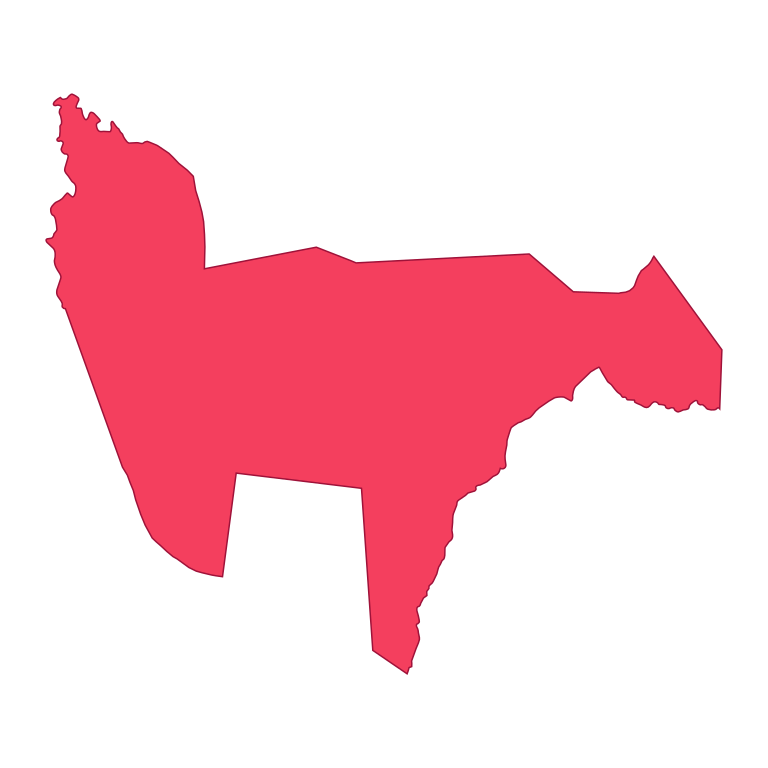 Chinacla, La Paz, Honduras (Natural Earth projection)
{"feature_id": "27666195B76416581203448", "entity_name": "Chinacla", "entity_type": "district", "adm_level": 2, "iso_a3": "HND", "parent_name": "Honduras", "parent_adm1": "La Paz", "projection": "natural_earth1", "projection_center": [-87.961, 14.181], "detail": "fine", "context": "isolated", "style": "filled", "palette": "rose", "viewbox_px": 768, "rotation_deg": 0, "n_neighbors": 0, "source": "geoboundaries", "source_scale": "gbopen_adm2", "svg_char_len": 5932}
<svg xmlns="http://www.w3.org/2000/svg" viewBox="0 0 768 768"><path d="M719.7,408.8L721.9,349.8L653.9,256.3L652.9,257.8L651.7,260.3L650.4,262.4L648.5,264.8L643.1,269.4L641.4,270.6L638.3,275.8L636.7,279.7L634.6,285.6L633.1,287.8L629.6,290.7L625.6,292.2L620.6,292.8L618.9,293.3L573.3,291.8L529.2,254.0L356.1,262.9L350.6,260.6L316.3,247.2L204.4,268.8L204.9,246.9L204.5,234.5L203.6,221.6L201.9,212.1L199.1,201.5L195.7,190.6L193.3,176.3L187.4,170.3L178.9,163.5L173.1,157.4L168.9,153.3L158.1,146.0L156.7,145.2L149.7,142.3L147.2,141.4L144.8,142.0L143.0,143.3L142.1,143.5L140.8,143.4L138.2,142.8L136.8,142.7L129.0,143.1L127.8,142.5L126.8,141.6L124.7,138.8L123.5,136.7L122.5,134.2L120.3,131.9L118.7,128.9L117.1,127.7L116.6,127.0L115.7,125.9L113.1,122.1L112.6,121.6L112.1,121.5L111.7,121.7L111.4,122.2L111.1,122.9L111.0,124.5L111.4,126.9L111.4,128.2L111.0,130.3L110.4,131.5L109.4,131.7L103.7,131.4L100.9,131.6L99.7,131.4L99.0,131.1L98.0,130.2L97.3,129.0L96.6,126.9L96.4,124.9L96.6,123.9L97.0,123.3L100.1,121.1L100.1,120.6L99.6,119.5L97.3,116.9L94.1,113.6L92.8,112.7L91.3,112.3L90.5,112.5L89.9,113.2L89.2,114.5L88.3,117.4L87.2,119.0L86.7,119.4L86.2,119.7L85.5,119.6L85.1,119.3L84.1,118.0L82.9,115.3L82.4,113.7L81.9,110.7L81.1,108.5L80.6,108.3L77.1,108.2L76.6,108.1L76.3,107.7L76.1,106.8L76.3,105.8L77.5,102.8L78.7,100.3L78.8,99.2L78.5,98.2L78.0,97.6L76.4,96.4L74.4,95.2L72.2,94.2L71.2,94.3L69.3,95.7L67.0,98.3L66.2,98.7L64.6,99.1L63.3,99.3L62.3,99.2L60.3,97.5L57.7,99.0L55.8,100.5L54.2,102.1L53.5,103.5L53.4,104.1L53.6,104.7L54.2,105.4L55.6,105.6L57.4,105.1L58.9,105.2L60.4,105.8L60.9,106.2L61.2,106.7L61.2,107.3L61.0,107.9L60.1,109.0L59.7,109.9L59.3,112.1L59.5,113.4L60.6,116.0L61.3,119.3L61.6,121.3L61.5,123.3L61.3,124.2L60.3,125.5L60.0,126.4L60.1,131.3L59.7,136.1L59.1,137.4L57.9,138.1L57.3,138.8L57.0,139.4L57.0,140.0L57.4,140.8L58.3,141.2L59.1,141.3L60.6,140.8L61.7,141.1L62.6,141.7L63.1,142.6L63.2,143.6L61.3,148.6L61.2,149.6L61.5,150.6L62.4,152.2L63.9,153.5L64.9,154.0L66.4,154.0L67.1,154.3L67.8,155.1L68.2,156.2L68.1,156.9L67.7,158.6L65.0,167.8L64.7,169.8L64.8,170.9L65.2,171.8L65.9,173.1L68.4,176.2L71.5,180.8L72.4,181.8L74.0,183.1L74.9,184.2L75.7,185.9L75.9,188.3L75.7,191.1L75.2,193.4L74.4,195.4L73.5,196.5L72.8,196.9L72.2,196.8L71.2,196.1L67.8,193.2L67.2,193.1L65.3,195.0L62.9,197.9L61.9,198.9L59.4,200.6L55.9,202.3L54.5,203.4L52.1,206.1L51.1,207.8L50.7,209.0L50.8,211.2L51.0,212.4L51.5,213.7L52.3,214.9L53.6,215.6L54.0,216.0L54.8,217.3L55.4,218.9L56.5,225.2L56.9,229.8L56.6,230.4L56.0,231.4L54.0,233.8L53.5,235.8L53.0,236.8L52.4,237.6L51.7,238.1L50.9,238.3L47.0,238.9L46.2,239.6L46.1,240.6L46.4,241.4L47.0,242.4L53.0,248.0L53.9,249.1L54.5,250.3L55.0,252.0L55.2,254.0L55.1,257.0L54.4,260.7L54.5,262.2L54.8,263.9L55.2,265.3L56.0,267.3L57.4,269.9L59.8,273.7L60.4,274.9L60.9,276.5L60.9,277.7L60.5,279.2L56.9,290.0L56.7,292.1L56.8,293.7L57.2,295.1L58.0,296.6L61.0,300.9L62.1,303.1L62.3,304.3L62.1,306.1L62.3,307.0L63.6,308.3L64.4,308.6L65.4,308.6L122.5,467.2L127.4,475.2L129.9,482.1L133.3,490.4L135.7,499.8L140.7,514.3L145.2,525.2L152.2,538.0L156.3,541.9L160.8,545.8L166.9,551.5L173.0,556.6L177.1,558.9L188.9,567.5L196.2,571.1L202.3,572.8L211.6,575.0L216.1,575.8L222.5,576.7L236.2,473.1L361.5,488.3L372.8,650.4L407.1,673.8L408.2,670.8L409.0,667.8L409.3,667.5L411.7,666.6L411.8,663.7L411.6,660.9L416.0,648.7L418.4,642.9L419.4,639.6L419.4,637.6L418.4,632.8L418.1,630.4L417.6,628.7L416.6,626.7L416.4,625.6L416.4,624.9L416.7,624.3L417.0,624.0L417.9,623.6L418.6,622.9L419.2,622.2L419.3,621.5L419.1,619.6L418.3,615.8L416.9,610.8L416.8,609.3L416.9,608.2L417.2,607.5L417.6,606.9L418.2,606.6L419.1,606.3L419.9,605.5L420.3,604.7L420.7,603.3L423.5,598.0L426.9,595.5L426.7,591.5L428.9,588.5L428.9,587.1L429.2,585.7L432.1,583.1L433.2,581.4L436.8,573.9L437.9,569.6L438.7,567.0L440.4,564.2L441.9,560.9L442.4,560.2L443.6,559.3L444.3,557.9L444.8,555.3L444.9,550.1L445.0,547.7L445.2,547.2L448.8,542.0L451.1,540.0L451.8,539.1L452.3,538.0L452.6,536.7L452.6,534.7L451.9,530.3L452.6,522.7L452.7,518.7L453.0,515.4L453.5,513.4L456.6,505.4L456.8,504.3L457.0,502.6L457.2,501.9L457.7,501.0L458.5,500.2L465.6,495.3L468.0,493.0L474.7,491.0L475.6,490.1L476.0,489.3L476.0,488.7L475.7,487.7L475.8,487.1L476.2,486.4L476.9,485.8L478.2,485.3L480.2,485.0L487.0,481.7L493.0,476.5L495.5,475.3L497.1,474.4L498.2,473.3L499.0,472.1L499.7,470.3L500.3,468.3L501.6,468.8L503.0,468.8L504.2,468.3L505.2,467.4L505.7,466.4L505.9,465.1L505.1,459.1L505.0,455.8L505.5,451.8L506.8,445.1L507.0,440.8L507.4,439.1L509.6,432.0L510.9,428.3L511.5,427.4L513.8,425.6L518.1,422.8L521.1,421.8L525.3,419.4L528.4,418.3L529.8,417.6L530.8,416.8L532.5,415.0L535.7,411.0L539.2,407.8L548.9,401.1L554.2,398.0L555.6,397.5L558.1,397.1L560.8,396.9L563.4,397.0L564.4,397.3L570.8,400.8L571.2,400.9L571.6,400.7L572.3,399.9L572.6,398.9L572.7,397.9L572.6,395.4L573.4,391.2L574.3,388.5L575.5,386.5L590.6,371.9L595.5,368.9L598.9,367.2L599.3,367.4L599.9,368.2L602.3,372.7L607.6,381.5L608.4,382.3L610.1,383.6L611.4,384.7L614.4,388.6L616.7,391.3L617.8,392.4L620.6,394.5L621.7,396.2L622.3,396.9L623.1,397.3L624.5,397.1L625.6,397.4L626.3,398.1L627.0,399.5L627.6,399.8L634.3,400.1L634.6,400.5L634.6,401.7L635.0,402.3L637.1,403.4L640.9,405.0L643.6,406.6L644.9,407.2L646.6,407.5L648.2,407.1L649.9,405.7L651.5,403.7L652.6,402.7L653.9,401.9L655.3,401.8L656.2,402.0L657.4,402.6L657.9,403.1L658.6,404.1L659.0,404.4L661.8,404.6L663.8,405.0L664.8,405.4L665.3,405.9L665.7,407.1L666.0,407.6L666.7,408.1L667.6,408.5L669.0,408.6L670.7,407.9L671.5,407.7L673.3,407.9L674.0,408.4L674.6,409.8L675.5,410.7L677.1,411.7L678.2,411.9L680.2,411.3L683.3,409.9L685.8,409.6L688.0,408.9L688.8,408.0L689.5,405.6L690.6,404.0L693.6,401.6L695.2,400.7L696.0,400.5L696.8,400.7L697.3,401.1L697.5,401.5L697.6,402.8L698.5,403.9L699.5,404.5L700.3,404.8L702.2,404.6L702.9,404.9L704.9,406.5L706.6,408.5L707.8,409.2L711.1,409.9L714.5,409.8L715.8,409.4L717.3,408.1L718.3,407.8L719.1,408.1L719.7,408.8Z" fill="#f43f5e" stroke="#9f1239" stroke-width="1.5"/></svg>